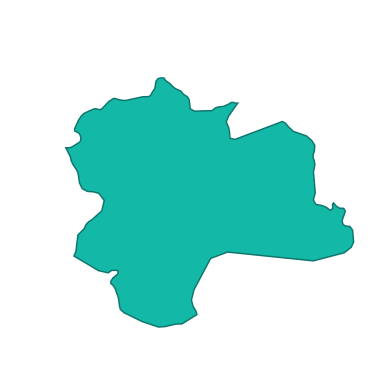 outline of North Khorasan, rotated 337°
{"feature_id": "IRN-3246", "entity_name": "North Khorasan", "entity_type": "Province", "adm_level": 1, "iso_a3": "IRN", "parent_name": "Iran", "parent_adm1": "", "projection": "albers", "projection_center": [57.06, 37.45], "detail": "fine", "context": "isolated", "style": "filled", "palette": "teal", "viewbox_px": 384, "rotation_deg": 337, "n_neighbors": 0, "source": "natural_earth", "source_scale": "10m", "svg_char_len": 1941}
<svg xmlns="http://www.w3.org/2000/svg" viewBox="0 0 384 384"><g transform="rotate(337 192 192)"><path d="M205.8,74.5L207.1,74.6L209.4,75.4L210.7,76.2L211.0,77.2L211.0,78.2L211.5,79.5L214.1,83.8L216.1,88.7L217.4,90.7L221.1,94.7L222.4,98.9L224.8,102.3L225.4,104.8L225.1,107.2L222.9,114.7L225.8,118.5L241.9,124.8L243.7,124.6L245.4,124.0L247.3,123.7L249.2,124.0L254.9,125.6L260.4,125.4L262.1,125.0L263.7,125.0L265.3,125.9L266.7,127.1L268.1,128.0L268.7,128.1L255.1,136.6L250.9,140.9L250.9,147.1L249.7,152.4L247.9,157.3L252.2,160.4L302.7,162.4L304.8,165.0L306.3,169.8L308.9,175.7L319.3,185.2L322.4,191.5L323.2,197.2L320.8,201.8L317.8,205.5L316.8,208.0L316.8,210.8L315.7,215.1L311.7,220.8L305.1,241.0L300.6,246.7L301.1,251.7L306.7,255.5L309.9,258.9L312.0,262.9L315.0,262.4L316.6,258.1L318.1,257.4L319.1,261.0L321.4,264.5L325.2,266.3L325.7,269.6L319.0,276.9L318.3,280.9L319.8,283.1L323.9,285.5L324.9,289.9L321.3,301.1L317.0,305.1L308.4,307.4L276.8,302.8L201.3,261.2L183.2,260.4L155.8,282.6L149.2,291.3L148.3,297.8L149.1,302.8L148.7,306.7L131.3,309.5L125.7,307.3L114.8,305.4L108.4,303.2L95.6,291.9L82.3,276.6L80.2,272.1L80.6,269.3L82.9,260.8L83.5,251.2L83.0,247.4L82.3,245.9L81.6,244.7L82.3,242.7L85.3,240.4L91.9,238.4L93.1,235.2L87.6,232.8L83.1,233.6L75.2,227.8L58.3,204.8L61.8,201.5L70.2,187.0L78.5,183.6L81.9,180.5L85.3,179.0L88.3,178.6L101.6,174.1L107.9,165.5L105.8,156.9L101.3,153.3L96.0,150.6L92.2,146.0L92.0,139.6L94.4,130.4L94.5,127.1L93.3,121.1L93.0,115.9L93.8,111.9L93.1,102.0L96.6,103.4L98.4,103.7L108.0,102.2L109.8,100.9L110.9,98.6L111.3,96.0L110.8,93.5L107.8,90.0L108.5,88.1L115.6,81.6L119.4,79.0L123.4,77.4L133.7,77.2L135.6,77.6L137.1,78.6L138.5,79.7L140.0,80.4L141.8,80.1L150.8,76.2L156.1,75.3L157.2,75.5L161.6,79.1L165.4,81.3L167.1,81.9L183.9,85.1L188.3,86.9L190.6,87.3L192.6,86.2L194.2,84.8L197.8,82.4L199.1,80.9L201.4,77.0L201.7,76.6L202.7,75.6L204.6,74.6L205.8,74.5Z" fill="#14b8a6" stroke="#0f766e" stroke-width="1.5"/></g></svg>